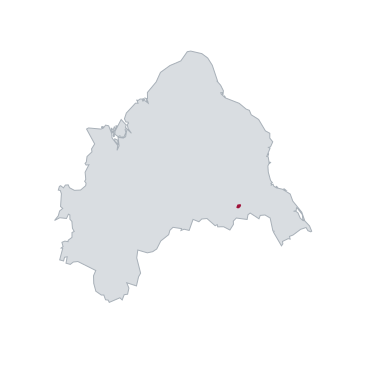 location of Angélica, Mato Grosso do Sul, Brazil, rotated 291°
{"feature_id": "56859067B10068689760359", "entity_name": "Angélica", "entity_type": "district", "adm_level": 2, "iso_a3": "BRA", "parent_name": "Brazil", "parent_adm1": "Mato Grosso do Sul", "projection": "albers", "projection_center": [-53.859, -22.058], "detail": "fine", "context": "in_parent", "style": "filled", "palette": "rose", "viewbox_px": 384, "rotation_deg": 291, "n_neighbors": 0, "source": "geoboundaries", "source_scale": "gbopen_adm2", "svg_char_len": 4410}
<svg xmlns="http://www.w3.org/2000/svg" viewBox="0 0 384 384"><g transform="rotate(291 192 192)"><path d="M102.6,93.7L106.6,96.2L111.2,94.5L112.9,96.2L115.3,93.4L121.5,90.4L122.8,87.8L126.8,86.2L127.0,84.6L122.3,84.3L120.6,77.8L116.2,73.9L121.9,75.7L126.8,75.2L130.4,77.2L131.3,74.5L143.6,70.7L146.2,68.5L145.9,66.5L149.7,66.2L150.8,67.1L149.8,70.5L153.1,71.3L154.3,73.9L152.1,76.1L151.4,81.6L153.9,87.3L159.8,90.5L162.3,89.9L163.5,88.0L165.7,88.3L172.2,85.1L180.5,86.0L179.2,83.5L180.4,81.9L182.1,82.6L187.5,81.3L193.6,84.2L196.2,82.8L202.0,83.9L213.0,71.0L214.7,72.4L218.1,84.4L219.9,86.3L223.5,87.4L223.9,90.5L217.6,96.2L213.8,98.0L208.8,106.0L204.0,107.1L209.0,107.4L216.5,103.4L217.8,108.6L219.8,110.2L227.5,108.7L225.1,114.4L228.2,109.8L231.8,107.3L233.5,108.1L234.3,107.3L233.7,105.2L236.1,102.7L242.2,102.4L254.7,107.4L255.5,109.8L257.3,108.3L260.2,110.2L260.9,112.2L259.3,113.4L259.9,114.2L261.6,113.0L261.9,114.2L260.3,115.4L259.2,119.4L261.3,117.8L262.9,115.0L263.0,117.1L268.9,114.7L281.9,119.1L292.4,119.7L302.2,126.1L310.4,134.6L321.3,137.3L323.1,140.3L324.7,151.6L322.7,158.7L317.6,165.5L304.6,176.2L304.7,175.2L301.9,180.5L297.8,185.0L296.1,185.5L295.0,183.2L293.9,184.2L291.8,189.3L291.7,204.3L288.8,212.8L288.8,216.3L285.3,219.6L283.6,228.2L275.4,238.6L274.7,243.6L270.2,245.3L267.8,249.4L262.2,249.1L261.1,247.4L260.6,249.2L251.9,249.0L252.2,250.5L246.6,253.7L243.5,253.5L237.9,256.1L230.9,261.2L229.6,263.6L228.4,262.6L227.9,263.7L226.4,263.2L228.3,264.8L226.7,266.4L226.1,269.2L227.0,275.3L225.3,284.4L219.6,289.4L212.5,301.7L206.0,307.2L205.9,305.4L210.4,303.1L214.5,296.4L214.7,295.2L212.0,295.9L210.4,293.7L211.2,295.8L210.5,298.4L206.4,302.4L205.1,305.7L205.5,307.6L202.4,313.9L198.3,317.8L197.4,317.2L197.4,314.1L199.7,311.2L196.1,306.8L188.0,301.7L185.5,298.9L183.2,300.5L182.9,298.5L178.3,294.2L176.1,295.4L173.8,294.8L183.6,282.6L184.8,282.7L184.6,281.5L195.7,274.3L196.7,268.4L194.6,264.1L191.0,264.1L193.2,253.9L190.9,252.4L186.1,253.3L183.6,242.7L179.6,241.0L176.6,242.3L170.1,241.0L170.9,234.0L168.7,228.5L170.6,227.2L168.8,225.7L172.6,215.5L170.3,210.8L166.7,209.1L166.8,202.8L155.1,203.1L154.4,197.9L152.1,195.5L154.1,195.4L152.2,186.9L148.4,185.1L143.8,185.5L135.1,180.4L126.2,179.5L122.2,176.7L119.2,172.1L118.4,162.2L110.7,164.0L97.8,173.1L93.7,172.5L84.4,173.8L83.9,163.6L79.7,167.5L73.5,168.5L71.8,165.5L66.2,165.5L67.4,162.6L59.3,154.3L61.0,152.5L60.4,149.9L64.2,146.6L63.3,144.3L64.9,137.8L71.5,133.0L78.5,130.1L84.2,130.3L86.2,110.4L84.1,106.3L80.8,104.3L80.4,99.9L86.8,98.7L85.4,96.4L81.6,96.8L81.2,92.8L93.1,91.5L92.8,89.9L94.8,91.2L98.4,88.6L100.6,90.9L101.2,94.1L102.6,93.7ZM221.2,98.4L234.3,99.9L230.9,106.6L228.5,106.7L228.1,107.8L226.2,107.2L224.0,108.9L219.1,108.8L217.4,105.3L218.7,104.5L217.2,103.2L218.3,99.3L221.2,98.4ZM209.8,106.4L211.9,101.5L214.0,100.9L213.8,103.9L209.8,106.4ZM224.9,96.1L223.5,97.9L220.5,97.4L221.0,96.2L224.9,96.1ZM220.4,94.0L219.8,97.7L218.5,97.3L220.4,94.0ZM226.9,98.5L225.0,98.6L224.1,98.3L226.5,97.3L226.9,98.5ZM218.3,98.4L216.3,99.6L215.6,98.9L217.0,97.9L218.3,98.4ZM221.9,95.2L221.0,94.4L222.6,93.7L222.7,94.4L221.9,95.2ZM221.1,85.7L220.0,85.8L219.8,84.5L220.8,84.4L221.1,85.7ZM227.3,279.1L227.0,277.8L227.8,276.7L228.0,277.1L227.3,279.1ZM247.6,253.3L247.8,254.7L246.6,254.3L247.6,253.3ZM227.0,270.1L226.6,269.3L227.4,268.6L227.6,268.9L227.0,270.1ZM261.0,117.0L260.1,118.4L261.0,116.4L261.0,117.0ZM295.4,185.7L294.1,186.0L295.0,184.9L295.4,185.7ZM255.0,249.8L253.8,250.2L253.6,249.9L254.3,249.3L255.0,249.8ZM293.1,188.2L292.6,188.9L292.3,188.4L293.1,188.2ZM258.1,107.1L258.1,107.9L257.8,107.7L258.1,107.1Z" fill="#d9dde1" stroke="#a8b0b8" stroke-width="1"/><path d="M196.0,239.8L196.0,239.7L195.9,239.7L195.9,239.8L195.8,239.7L195.7,239.7L195.4,239.6L195.2,239.7L195.0,239.8L194.9,239.8L195.0,239.7L194.9,239.7L194.7,239.7L194.4,239.7L194.2,239.7L194.3,239.7L194.3,239.8L194.2,239.8L194.1,239.7L194.0,239.8L193.9,239.8L193.9,240.0L194.0,240.0L194.1,240.3L194.2,240.5L194.1,240.8L194.4,241.0L194.6,241.1L194.6,241.3L194.8,241.3L195.0,241.4L195.2,241.5L195.3,241.6L195.5,241.7L195.8,241.7L195.8,241.8L196.0,241.8L196.3,241.9L196.5,241.8L196.8,241.8L196.8,241.7L197.0,241.7L197.2,241.4L197.0,241.2L196.9,241.1L196.7,241.0L196.7,240.9L196.6,240.7L196.4,240.5L196.4,240.4L196.2,240.4L196.3,240.3L196.3,240.2L196.2,240.2L196.2,240.3L196.2,240.2L196.0,239.9L196.0,239.8Z" fill="#f43f5e" stroke="#9f1239" stroke-width="1.5"/></g></svg>